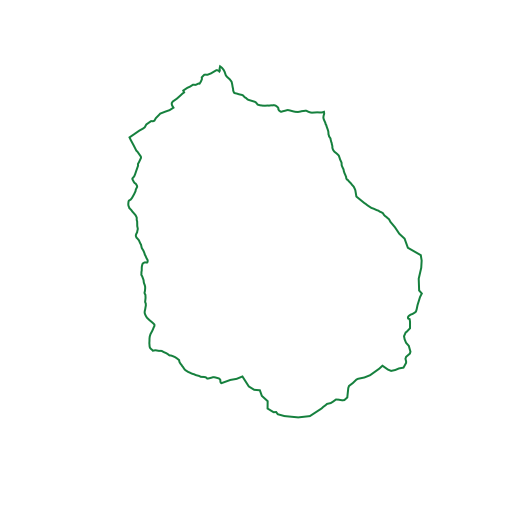 Ceru-Bacainti, Alba, Romania, rotated 144°
{"feature_id": "2599482B65582227773897", "entity_name": "Ceru-Bacainti", "entity_type": "district", "adm_level": 2, "iso_a3": "ROU", "parent_name": "Romania", "parent_adm1": "Alba", "projection": "robinson", "projection_center": [23.275, 46.006], "detail": "fine", "context": "isolated", "style": "outline", "palette": "green", "viewbox_px": 512, "rotation_deg": 144, "n_neighbors": 0, "source": "geoboundaries", "source_scale": "gbopen_adm2", "svg_char_len": 6132}
<svg xmlns="http://www.w3.org/2000/svg" viewBox="0 0 512 512"><g transform="rotate(144 256 256)"><path d="M326.3,375.5L326.8,375.2L327.4,374.7L328.8,373.1L329.3,372.3L329.6,371.7L329.9,370.6L330.1,369.6L330.3,369.4L330.1,367.8L329.9,366.7L329.9,365.3L329.9,364.3L329.8,363.8L329.5,360.3L329.5,359.5L329.9,357.3L330.2,356.8L331.3,355.3L331.9,353.7L334.5,350.0L335.3,348.2L335.6,347.6L336.0,347.1L337.5,345.8L338.4,344.9L339.5,344.5L340.8,343.6L341.1,343.3L341.5,342.6L341.9,341.1L341.7,340.2L341.5,337.6L342.3,333.9L342.3,332.9L343.4,330.4L343.7,329.6L343.8,328.8L343.9,326.9L344.3,325.0L344.8,323.2L345.1,322.6L345.2,322.2L345.2,321.5L345.9,318.3L346.0,316.8L346.2,316.3L346.5,315.7L347.0,315.2L347.4,314.9L347.8,314.7L348.1,314.8L348.5,315.1L349.1,315.7L349.8,316.2L350.6,316.4L351.5,316.5L352.2,316.4L352.6,316.2L353.5,315.5L354.5,314.6L355.3,313.7L356.4,312.2L357.1,311.3L358.2,310.3L358.8,309.4L359.6,308.5L359.9,307.9L360.0,306.6L361.0,303.0L361.6,301.7L362.0,301.2L362.6,299.8L363.1,297.9L363.7,296.4L364.5,295.2L366.4,293.0L367.7,291.9L368.0,291.4L368.2,290.7L368.2,290.1L368.3,289.6L368.6,289.1L370.0,287.0L372.7,284.0L373.2,282.2L374.3,280.6L375.5,279.5L376.9,278.1L378.3,276.9L379.2,275.9L379.7,275.0L380.1,273.6L380.4,271.8L380.5,270.2L379.9,266.8L379.0,263.3L378.6,261.3L378.5,260.3L378.8,259.7L379.6,258.9L380.7,258.4L382.2,257.4L384.0,256.4L387.3,254.8L389.3,253.3L390.6,251.9L392.2,249.8L393.5,248.2L394.1,247.2L395.1,245.6L395.4,245.0L395.7,244.1L395.7,243.5L395.6,242.6L395.1,240.6L395.1,240.0L393.0,239.0L392.5,238.6L390.5,236.5L388.4,234.9L387.8,234.1L387.3,232.8L385.7,230.1L385.0,228.4L384.6,226.9L384.3,226.3L383.3,225.5L382.8,224.8L382.0,223.6L380.9,221.7L380.2,219.8L379.4,217.0L379.9,216.0L380.3,214.8L380.4,212.8L380.3,211.9L380.3,211.3L380.4,210.7L380.3,208.9L380.4,207.6L380.4,206.1L380.2,205.1L379.0,202.0L378.1,200.6L377.8,199.9L376.8,198.2L375.4,196.4L375.0,195.5L374.6,194.9L372.6,192.5L371.6,190.6L369.4,188.9L368.2,187.7L367.8,187.0L367.5,185.5L366.9,185.1L365.5,184.5L363.5,183.7L362.2,183.3L361.3,182.7L360.4,181.8L358.4,179.3L357.9,178.6L357.7,177.6L357.7,176.8L358.0,176.3L358.8,175.0L358.9,174.0L358.8,173.5L357.9,173.2L349.6,170.8L343.9,168.0L337.8,166.5L338.5,154.7L336.1,148.8L331.8,145.1L333.5,139.4L331.9,131.7L336.3,125.8L333.6,119.3L331.4,117.9L331.4,115.2L327.1,109.8L316.7,100.6L306.5,94.8L292.5,94.1L290.3,94.4L287.4,94.4L285.5,94.6L282.0,93.1L279.3,92.9L275.7,92.9L273.9,91.5L271.0,88.5L269.2,87.5L265.3,87.9L258.9,95.0L257.1,96.2L252.3,96.3L247.4,97.0L245.7,96.7L239.7,94.0L233.8,92.5L222.5,92.4L218.2,92.9L216.0,86.5L214.2,83.6L210.3,81.9L206.4,81.0L202.3,79.0L197.4,81.3L196.5,82.5L195.5,85.0L193.8,86.2L188.9,86.6L187.3,87.8L185.2,93.5L185.6,97.6L184.7,101.3L183.4,104.1L179.8,106.2L178.8,106.1L173.9,107.0L170.1,112.2L168.8,114.6L168.9,114.8L169.6,115.8L169.5,116.5L169.0,117.2L167.7,117.7L165.5,117.7L163.4,117.1L160.8,116.9L159.3,117.0L157.3,118.5L154.1,121.4L147.4,126.4L143.9,128.2L144.3,132.2L137.7,142.0L129.3,149.3L124.7,154.9L122.2,159.8L128.3,173.4L125.6,182.7L127.0,189.8L126.7,197.6L127.2,204.6L126.8,207.3L126.9,208.2L127.3,209.4L127.5,210.7L128.1,212.5L128.3,213.8L128.3,214.8L128.2,215.3L128.2,216.2L129.1,218.1L129.5,218.6L130.0,219.7L130.3,220.7L131.4,222.2L133.0,225.1L134.4,227.1L135.9,231.1L136.4,232.7L136.7,234.0L137.1,234.7L139.8,244.9L139.8,245.2L137.6,249.6L137.0,250.8L136.6,252.4L136.2,254.7L136.5,257.3L136.5,258.7L136.6,259.7L136.8,260.5L136.8,261.2L137.0,261.9L137.0,263.3L137.2,263.9L137.4,264.2L137.5,264.7L137.2,266.1L136.6,267.0L136.3,268.4L136.0,269.5L135.8,270.7L135.3,272.3L135.1,273.0L134.5,274.1L134.3,274.9L134.1,275.3L134.0,276.4L133.5,278.6L133.3,279.1L132.8,279.9L132.0,281.1L131.8,281.8L131.2,284.8L130.9,285.6L130.2,287.9L130.0,288.6L130.1,289.3L130.3,290.6L130.7,292.3L131.1,293.6L131.3,294.6L131.3,295.6L131.2,296.9L130.6,298.7L129.9,299.6L129.3,300.8L128.9,302.0L128.4,302.8L128.1,304.0L127.1,306.5L126.7,307.2L126.6,308.0L126.6,309.7L126.1,310.8L125.9,311.7L124.5,313.9L124.1,314.8L123.5,316.6L122.8,319.1L122.2,320.7L122.2,321.6L121.6,323.1L121.1,325.6L120.8,326.8L120.5,327.6L120.2,328.3L119.3,329.3L118.7,329.9L117.7,330.6L117.1,331.2L116.3,332.7L118.2,333.3L119.5,334.2L122.1,336.3L126.4,339.0L127.2,339.7L128.1,340.8L128.9,342.0L129.9,343.9L130.3,344.3L131.8,345.1L133.9,346.3L135.0,346.7L136.9,347.6L137.6,348.0L139.4,349.5L140.6,350.8L143.1,353.9L144.0,354.9L144.8,355.6L147.0,356.4L149.4,357.4L150.4,357.7L151.0,358.0L151.3,358.5L151.8,360.1L151.8,360.7L151.6,361.7L151.2,362.1L151.0,362.6L151.0,363.7L151.5,365.5L151.8,366.2L152.4,367.0L153.1,367.7L153.9,368.0L154.2,368.3L155.7,369.3L157.3,370.1L157.7,370.6L158.3,371.0L160.4,372.3L162.2,373.7L163.1,374.6L164.0,375.4L165.4,377.1L165.7,377.6L165.7,378.8L165.9,380.7L166.5,381.7L170.2,386.6L170.8,387.6L171.2,389.7L171.8,390.9L172.0,392.4L172.1,393.1L172.2,393.8L172.8,394.7L173.9,395.9L175.0,397.2L175.9,398.5L177.4,400.2L177.7,400.6L177.7,401.5L177.4,402.5L177.3,403.1L176.3,404.7L175.6,406.4L174.4,408.8L173.4,411.1L173.3,412.4L173.4,413.1L173.3,413.9L173.7,415.9L174.1,417.7L174.2,418.6L174.2,419.9L174.0,420.7L173.7,421.6L173.1,423.6L172.8,425.6L172.9,427.9L173.1,428.9L173.6,430.5L175.4,428.9L175.8,428.1L176.1,427.5L176.7,427.0L177.2,426.8L177.3,427.8L177.9,428.7L178.4,429.3L178.8,429.6L185.1,430.2L188.6,431.1L190.6,432.6L191.3,433.0L191.6,433.0L194.9,432.4L195.3,431.6L195.9,430.8L198.1,429.5L200.4,428.6L201.1,429.3L204.2,429.9L206.3,431.6L209.8,431.8L212.6,432.4L214.6,432.5L217.6,432.6L218.0,430.6L220.1,430.6L223.4,430.2L227.5,429.8L232.6,429.9L234.3,429.2L235.0,428.2L235.4,427.0L235.6,424.5L240.2,424.8L244.5,426.1L249.8,427.5L251.2,427.2L256.0,426.4L258.7,425.2L260.2,425.6L261.1,426.4L261.7,426.8L267.4,426.9L270.4,425.5L272.6,425.5L276.5,426.0L288.6,426.3L289.1,423.8L290.0,417.1L290.9,411.5L290.6,410.2L290.7,404.4L290.9,403.6L291.5,402.9L295.5,400.7L297.3,399.9L297.6,399.6L298.3,398.4L303.1,395.1L305.9,393.1L307.8,392.0L310.4,391.4L310.9,390.6L311.3,387.8L311.3,386.3L310.9,385.5L310.8,384.6L311.0,382.8L311.5,381.8L314.2,380.4L315.3,379.3L318.2,377.7L322.1,375.9L324.2,375.3L326.3,375.5Z" fill="none" stroke="#15803d" stroke-width="2"/></g></svg>